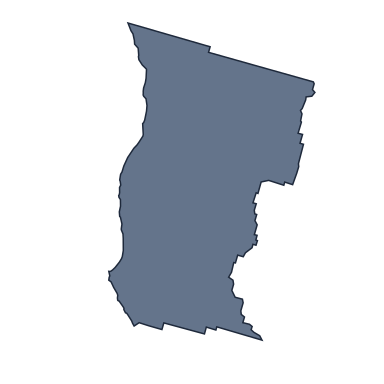 Mendocino, California, United States of America (Albers equal-area conic projection), rotated 16°
{"feature_id": "52423323B12422674135738", "entity_name": "Mendocino", "entity_type": "district", "adm_level": 2, "iso_a3": "USA", "parent_name": "United States of America", "parent_adm1": "California", "projection": "albers", "projection_center": [-123.414, 39.38], "detail": "fine", "context": "isolated", "style": "filled", "palette": "slate", "viewbox_px": 384, "rotation_deg": 16, "n_neighbors": 0, "source": "geoboundaries", "source_scale": "gbopen_adm2", "svg_char_len": 2008}
<svg xmlns="http://www.w3.org/2000/svg" viewBox="0 0 384 384"><g transform="rotate(16 192 192)"><path d="M278.3,52.7L169.4,53.2L169.4,47.4L83.9,47.2L88.9,53.8L91.7,56.3L94.8,62.1L96.1,65.7L100.6,68.6L103.1,75.3L103.2,76.7L104.5,79.5L109.2,83.6L114.1,86.3L114.5,86.8L116.5,95.3L117.0,99.8L116.8,105.3L117.3,108.5L117.9,110.4L118.3,112.2L119.2,113.3L122.1,115.1L124.9,121.3L126.0,126.9L126.7,135.8L126.4,138.6L125.7,139.8L129.3,150.2L129.4,151.8L127.2,159.1L126.2,161.9L124.1,165.9L120.7,176.5L119.3,185.8L119.2,192.0L118.5,194.6L118.7,196.5L119.2,200.4L120.1,201.6L121.6,205.0L121.1,207.6L122.6,212.6L122.8,214.5L122.5,215.6L123.3,217.3L125.3,219.0L127.2,225.3L127.6,231.1L129.2,235.4L130.1,235.9L133.5,242.1L134.2,247.1L134.6,248.0L137.2,251.3L138.6,255.3L142.1,267.2L142.8,273.3L142.6,275.6L141.5,279.5L138.9,285.8L137.1,288.9L135.7,290.6L135.0,291.0L133.9,291.2L136.1,295.3L135.9,296.9L136.3,299.7L139.0,300.7L143.0,305.3L148.1,310.2L149.1,311.8L149.5,314.4L150.4,316.5L151.2,316.9L152.0,316.9L158.0,321.8L158.7,322.7L158.9,323.8L161.4,326.5L162.6,326.5L164.0,327.6L169.5,332.5L171.0,334.5L173.3,336.8L177.2,332.2L187.2,332.5L201.0,332.5L201.0,325.6L243.1,325.0L243.0,317.9L253.0,318.1L253.0,314.8L300.1,315.1L296.7,311.5L290.1,309.8L286.8,308.1L286.9,304.7L283.7,303.3L276.9,303.6L276.9,297.7L273.1,296.1L271.7,292.8L271.7,284.4L270.0,281.1L262.5,281.3L257.4,275.6L257.4,269.1L255.7,265.5L250.7,263.8L252.1,258.3L251.6,248.3L253.3,248.2L253.3,240.1L259.1,240.1L260.1,235.7L265.1,229.0L265.0,225.5L268.2,225.5L268.3,220.7L266.6,220.5L266.5,215.7L263.7,215.8L263.7,205.6L260.4,202.2L260.4,195.8L258.4,195.7L256.9,192.4L257.0,185.6L253.6,185.6L253.9,175.1L255.8,175.2L255.7,163.3L262.5,159.7L278.4,160.2L278.4,156.9L286.7,157.2L287.5,145.3L287.6,138.2L286.5,135.4L286.0,115.4L282.4,115.4L282.4,106.2L277.8,106.3L277.9,94.6L276.8,93.8L276.2,86.6L273.8,83.7L274.9,81.5L275.9,72.3L275.5,69.1L280.8,66.9L282.7,62.4L279.6,60.4L279.6,54.3L278.3,52.7Z" fill="#64748b" stroke="#1e293b" stroke-width="1.5"/></g></svg>